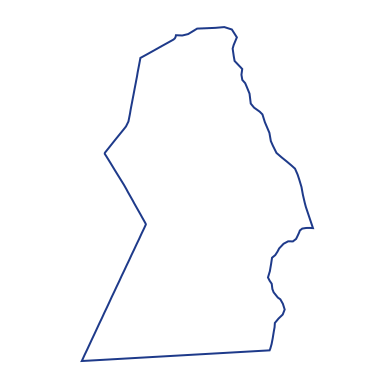 an SVG outline of Murzuq, rotated 87°
{"feature_id": "LBY-2969", "entity_name": "Murzuq", "entity_type": "Municipality", "adm_level": 1, "iso_a3": "LBY", "parent_name": "Libya", "parent_adm1": "", "projection": "mercator", "projection_center": [15.489, 24.47], "detail": "fine", "context": "isolated", "style": "outline", "palette": "blue", "viewbox_px": 384, "rotation_deg": 87, "n_neighbors": 0, "source": "natural_earth", "source_scale": "10m", "svg_char_len": 2218}
<svg xmlns="http://www.w3.org/2000/svg" viewBox="0 0 384 384"><g transform="rotate(87 192 192)"><path d="M355.0,310.9L354.1,310.4L348.9,307.7L343.8,304.9L338.7,302.2L333.6,299.5L328.4,296.7L323.3,294.0L318.2,291.3L313.1,288.5L307.9,285.8L302.8,283.0L297.7,280.3L292.5,277.6L287.4,274.8L282.3,272.1L277.2,269.3L272.0,266.6L266.9,263.8L261.8,261.1L256.7,258.3L251.5,255.6L246.4,252.8L241.3,250.1L236.2,247.3L231.0,244.6L225.9,241.8L222.1,239.8L221.3,239.9L219.4,240.8L217.0,242.0L214.6,243.2L212.3,244.3L209.9,245.5L207.5,246.7L205.1,247.9L202.7,249.1L200.3,250.3L197.9,251.4L195.5,252.6L193.1,253.8L190.7,255.0L188.3,256.2L185.9,257.3L183.5,258.5L181.1,259.7L180.4,260.1L173.3,264.0L166.2,267.9L159.1,271.7L152.0,275.6L149.4,277.1L148.7,277.1L148.1,276.8L146.2,275.1L141.0,270.5L135.8,265.9L130.6,261.2L125.5,256.6L123.1,254.5L118.3,251.8L114.0,250.7L110.4,249.8L106.7,249.0L103.0,248.1L99.4,247.2L95.7,246.3L92.1,245.4L88.4,244.5L84.7,243.6L81.1,242.7L77.4,241.8L73.8,240.9L70.1,240.1L66.4,239.2L62.8,238.3L59.1,237.4L55.4,236.5L52.3,230.0L49.4,224.1L44.7,214.6L41.7,208.4L38.8,202.5L37.7,201.1L36.3,200.3L34.6,199.8L35.2,193.5L34.1,187.6L29.1,178.3L29.2,169.7L29.3,160.2L29.0,151.1L31.8,143.7L39.9,139.1L47.4,142.7L50.9,143.9L58.6,143.2L63.4,142.6L67.6,139.0L71.8,135.4L77.5,136.5L82.7,135.9L86.1,133.2L89.9,131.8L96.8,129.4L106.8,128.7L111.0,125.6L115.3,120.2L118.2,117.6L126.0,115.6L137.0,111.6L145.3,110.6L150.0,108.8L157.4,105.6L162.1,100.7L166.4,95.9L170.6,91.4L174.1,87.9L180.2,85.6L185.4,84.2L192.8,82.4L200.6,81.4L208.5,80.0L212.8,79.1L234.4,73.1L234.0,76.5L233.9,79.9L234.3,83.8L236.1,86.3L238.2,87.2L241.8,89.1L244.3,90.5L246.6,93.8L246.3,98.6L248.5,103.3L252.9,107.9L256.1,109.8L259.4,112.2L261.8,115.5L268.1,116.8L275.2,118.4L281.3,120.6L284.7,119.1L287.8,117.2L293.2,116.8L296.5,115.7L301.9,111.8L303.8,109.4L308.4,107.1L314.2,105.6L319.1,107.8L322.9,112.2L327.1,116.1L331.3,116.6L336.0,117.7L342.5,119.1L348.1,120.5L352.5,122.0L354.2,122.8L354.3,145.8L354.4,168.6L354.5,191.3L354.6,213.9L354.7,236.5L354.8,258.9L354.9,281.3L355.0,303.6L355.0,304.1L355.0,304.5L355.0,305.0L355.0,305.5L355.0,305.9L355.0,306.4L355.0,306.9L355.0,307.4L355.0,310.9Z" fill="none" stroke="#1e3a8a" stroke-width="2"/></g></svg>